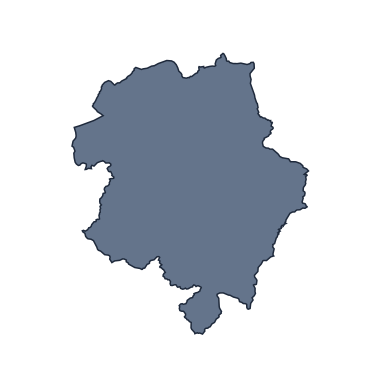 Bealanana, Sofia, Madagascar, rotated 69°
{"feature_id": "10022922B56468572037030", "entity_name": "Bealanana", "entity_type": "district", "adm_level": 2, "iso_a3": "MDG", "parent_name": "Madagascar", "parent_adm1": "Sofia", "projection": "robinson", "projection_center": [48.911, -14.561], "detail": "fine", "context": "isolated", "style": "filled", "palette": "slate", "viewbox_px": 384, "rotation_deg": 69, "n_neighbors": 0, "source": "geoboundaries", "source_scale": "gbopen_adm2", "svg_char_len": 5991}
<svg xmlns="http://www.w3.org/2000/svg" viewBox="0 0 384 384"><g transform="rotate(69 192 192)"><path d="M55.6,199.8L56.1,201.6L56.5,202.1L57.5,202.2L58.5,204.5L59.5,205.4L60.6,207.6L61.1,210.5L62.0,212.2L62.6,212.3L63.2,217.8L64.2,220.3L63.5,222.3L63.7,223.9L64.4,225.2L64.3,226.1L59.6,228.2L58.1,230.1L58.4,234.3L60.2,237.7L61.1,238.1L61.5,239.0L63.3,239.5L65.1,241.4L65.4,242.5L66.7,243.0L67.4,244.6L68.5,245.0L69.9,246.9L72.2,249.2L73.9,251.4L74.1,252.4L75.2,252.8L76.1,254.1L77.2,253.9L81.6,251.8L83.0,251.6L86.6,248.9L88.9,247.6L90.1,258.0L89.9,273.2L89.5,278.8L94.8,279.2L98.2,280.1L100.0,281.3L101.9,284.8L106.2,287.6L107.8,286.5L111.9,286.6L113.4,288.4L117.8,289.7L122.3,290.4L124.5,289.9L126.5,288.6L126.7,287.0L125.8,285.4L125.7,283.4L127.6,280.9L128.6,280.8L130.3,281.6L132.7,283.7L133.0,282.6L132.8,280.2L134.2,277.5L132.3,277.3L131.2,275.9L132.7,274.2L130.7,269.9L130.7,266.1L131.0,264.7L130.8,264.1L132.2,262.9L134.0,262.2L135.2,258.7L136.9,257.8L138.1,258.3L138.7,259.8L138.6,260.9L139.7,262.8L142.7,262.5L143.5,261.9L143.7,260.7L144.3,260.5L147.0,260.3L147.8,260.9L150.1,259.6L151.1,260.2L151.1,260.7L150.3,263.7L150.4,264.4L152.2,264.2L153.5,265.8L155.2,266.4L156.2,268.6L155.9,270.3L157.0,272.3L158.2,273.0L161.3,273.0L161.7,273.4L161.5,275.5L163.6,276.8L164.9,278.7L165.5,280.5L167.9,281.6L169.6,281.9L171.6,281.2L172.4,283.0L174.8,283.3L175.4,284.2L178.0,284.9L178.5,285.9L179.9,286.5L180.2,287.1L184.0,288.0L184.1,289.0L183.5,290.2L183.7,291.6L184.4,291.6L185.2,292.4L184.7,294.2L186.5,297.3L188.1,298.6L188.6,300.2L188.4,301.2L189.8,302.9L190.3,305.7L188.9,307.0L188.9,308.3L190.1,308.2L192.2,306.8L195.4,307.2L197.4,306.5L198.4,305.9L199.9,303.2L202.1,301.4L209.3,300.6L211.7,300.7L212.9,300.2L214.4,298.5L219.2,296.0L221.0,292.7L222.1,291.8L223.4,291.8L225.2,292.9L229.2,292.1L228.6,288.9L229.9,283.9L229.6,280.7L230.3,279.3L232.0,277.7L233.5,278.4L235.3,277.0L236.6,277.0L242.0,272.5L244.7,268.0L246.3,266.6L246.4,266.0L245.7,265.0L246.1,263.4L243.4,259.8L243.5,258.2L243.2,257.2L241.8,256.6L241.2,255.1L241.7,251.7L240.0,248.1L240.1,246.9L240.5,246.1L241.4,245.6L243.5,247.8L244.9,246.7L246.5,247.7L249.2,246.3L249.9,248.5L250.4,249.0L251.1,248.8L251.6,247.8L253.5,247.1L254.2,246.4L257.6,245.8L257.8,247.0L259.0,248.6L260.4,249.2L261.4,248.3L263.4,248.2L264.1,246.6L265.3,246.1L265.7,244.7L267.9,244.2L269.8,245.3L271.5,245.3L272.2,244.1L272.4,241.3L272.8,240.3L275.4,239.7L275.8,239.4L276.1,237.2L277.9,237.2L279.3,235.7L279.6,234.4L279.4,232.6L280.5,232.0L281.0,230.6L280.5,227.1L280.8,225.5L280.0,224.9L279.4,223.7L280.0,222.8L281.7,222.1L281.5,220.6L281.8,219.7L284.0,217.7L284.6,217.6L286.2,219.5L287.2,220.0L287.8,222.6L287.5,224.7L287.6,226.6L288.6,226.6L289.5,228.2L290.8,229.3L290.4,231.7L291.5,235.4L292.3,235.7L294.1,237.7L293.7,240.4L292.8,241.1L292.5,242.8L293.5,244.7L294.7,244.6L296.2,245.6L298.3,245.8L299.4,244.7L300.4,242.6L303.6,241.7L305.2,242.5L305.8,243.8L306.6,243.7L308.1,242.6L309.4,242.4L310.4,241.3L312.0,240.9L313.5,239.5L318.5,241.6L320.0,241.5L324.2,239.9L325.3,240.1L325.3,237.4L326.1,236.9L326.4,235.4L328.4,233.1L326.4,229.8L325.3,229.8L324.5,229.0L324.2,227.9L324.8,226.0L324.3,224.9L324.3,223.3L322.3,220.7L321.8,217.7L319.3,214.9L318.6,212.0L318.1,211.4L316.7,211.2L315.6,208.1L314.6,207.9L314.1,207.3L310.2,207.9L308.5,207.6L300.8,205.1L297.8,205.8L296.5,205.2L296.2,202.3L297.4,199.0L301.3,194.9L302.0,193.5L304.9,191.0L307.6,187.3L308.9,186.6L311.4,186.9L313.0,185.0L314.5,184.1L315.4,182.1L316.5,181.2L319.5,182.2L320.9,182.1L321.6,181.3L321.6,179.5L317.0,177.1L314.7,173.7L312.3,173.8L311.1,171.0L309.4,169.1L307.7,168.9L304.5,167.6L300.9,168.0L300.7,167.1L301.3,165.7L301.1,164.9L297.9,163.1L296.8,163.1L293.8,164.0L292.1,163.5L289.8,159.0L286.2,157.3L284.0,153.1L281.6,150.4L281.6,149.6L282.7,147.0L280.8,141.8L281.0,138.6L280.1,138.9L278.7,138.5L274.5,135.7L272.2,136.4L271.1,135.6L270.0,135.4L269.8,133.4L265.1,129.8L264.6,128.7L262.5,127.0L262.3,126.1L261.0,126.5L261.1,125.4L260.4,125.4L260.1,123.7L258.0,124.7L257.8,124.0L258.2,122.8L257.9,121.7L257.2,121.6L257.2,120.9L256.2,121.1L255.8,120.6L256.0,120.0L255.5,119.8L255.6,119.4L256.5,119.0L255.8,118.4L255.7,117.7L255.2,117.6L255.1,115.7L254.6,116.3L254.2,115.8L253.6,116.0L253.4,115.2L251.7,114.2L247.0,108.2L246.7,105.4L247.4,103.2L246.6,101.6L246.4,100.4L247.3,97.5L246.7,94.4L247.7,92.3L247.0,89.2L246.9,89.9L246.1,90.4L244.2,90.4L243.4,90.7L242.0,92.7L240.8,92.8L237.6,90.4L236.3,90.4L235.7,88.2L233.8,87.0L232.6,86.7L230.7,87.8L228.1,86.6L227.4,86.0L226.1,83.9L224.7,82.7L223.4,82.6L221.1,80.9L218.4,80.4L217.7,78.6L216.8,78.7L216.3,80.4L215.7,81.0L214.1,75.7L211.5,76.7L208.9,79.4L207.1,79.2L204.1,80.7L201.0,84.3L199.0,89.2L195.7,89.9L192.4,95.4L190.3,97.3L187.6,97.9L180.9,101.4L179.9,103.9L178.5,104.9L177.3,107.3L174.9,109.1L171.7,108.7L170.2,108.0L168.6,105.6L167.7,105.4L167.2,100.6L166.0,99.1L165.9,97.7L165.2,97.0L164.1,97.5L163.0,96.7L162.4,95.8L162.2,94.3L161.4,93.3L160.5,93.3L158.8,94.5L157.1,93.3L156.2,92.2L155.7,92.2L155.5,93.1L154.0,93.3L153.5,93.0L153.2,94.0L152.1,94.9L152.1,95.6L150.9,96.2L150.1,97.1L149.1,97.4L148.6,98.8L146.4,100.6L146.5,101.3L144.9,101.7L144.5,101.5L143.9,102.0L142.4,102.3L141.5,101.1L137.7,101.3L136.9,100.1L132.8,99.3L131.8,99.7L126.6,99.5L123.9,98.9L111.6,98.6L108.1,96.5L104.6,96.2L102.2,95.4L98.8,89.5L94.5,88.1L92.9,88.3L92.2,90.5L92.9,91.9L92.7,94.9L89.2,100.2L88.4,103.6L86.8,107.6L84.6,110.4L83.0,110.8L82.5,112.3L81.8,112.7L79.7,112.2L76.8,112.4L74.4,112.8L73.7,113.4L74.7,116.3L76.6,116.6L76.8,117.0L76.7,119.6L77.5,122.0L80.6,124.4L82.5,124.6L82.7,126.0L81.7,127.9L81.1,130.5L80.6,134.1L80.8,135.7L80.3,136.3L79.0,136.1L78.4,139.2L77.5,140.4L77.8,140.9L80.8,141.7L81.3,143.2L82.6,144.1L82.7,146.4L84.1,150.8L83.5,152.1L84.3,153.6L83.8,154.3L83.7,156.5L81.9,159.5L80.2,159.9L78.6,159.4L77.1,159.7L74.4,161.0L70.9,160.8L67.5,161.1L64.4,162.2L62.3,164.1L60.2,168.4L60.0,177.4L60.6,181.9L60.0,184.7L60.4,189.4L59.5,193.6L59.5,195.2L55.6,199.8Z" fill="#64748b" stroke="#1e293b" stroke-width="1.5"/></g></svg>